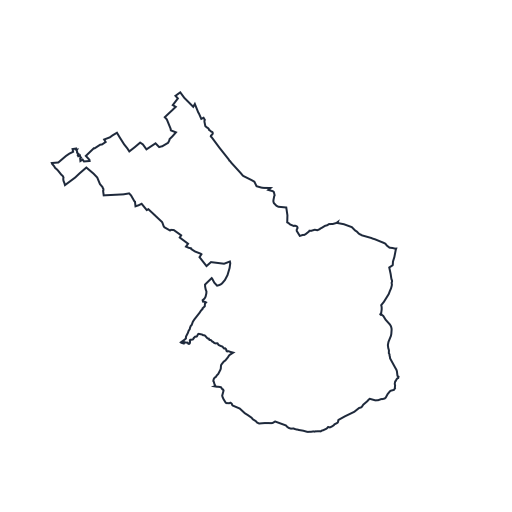 Beclean, Brasov, Romania (Mercator projection), rotated 147°
{"feature_id": "2599482B11377759277161", "entity_name": "Beclean", "entity_type": "district", "adm_level": 2, "iso_a3": "ROU", "parent_name": "Romania", "parent_adm1": "Brasov", "projection": "mercator", "projection_center": [24.929, 45.848], "detail": "fine", "context": "isolated", "style": "outline", "palette": "slate", "viewbox_px": 512, "rotation_deg": 147, "n_neighbors": 0, "source": "geoboundaries", "source_scale": "gbopen_adm2", "svg_char_len": 6092}
<svg xmlns="http://www.w3.org/2000/svg" viewBox="0 0 512 512"><g transform="rotate(147 256 256)"><path d="M376.6,445.2L376.8,444.3L376.4,441.2L376.5,439.3L375.8,437.0L375.5,435.3L375.0,430.2L374.5,428.5L374.6,427.3L374.7,426.7L375.7,425.6L376.5,423.9L377.0,421.4L377.6,419.5L364.9,420.3L358.9,421.4L350.1,422.6L347.4,413.6L346.4,408.3L347.7,401.3L347.2,397.5L347.5,396.2L347.4,395.7L348.0,394.4L348.7,394.0L350.7,389.8L333.6,379.9L328.3,377.6L327.8,374.8L328.2,368.1L327.9,367.5L330.0,363.3L326.9,362.5L323.5,362.1L322.6,354.0L320.8,353.9L316.3,335.7L316.4,334.7L317.2,331.4L317.2,330.0L314.2,324.2L313.0,324.2L310.8,322.5L307.5,314.1L309.9,313.0L306.3,303.3L309.6,302.0L307.8,299.3L306.3,297.9L306.2,297.6L306.5,297.0L304.7,293.0L301.1,288.0L300.8,287.2L304.0,285.8L303.0,274.5L297.1,275.4L287.0,266.9L280.9,265.6L281.5,264.0L284.7,260.3L290.3,255.5L295.1,252.8L299.4,251.5L301.1,251.4L302.9,251.7L304.8,252.3L305.5,256.4L305.1,261.0L305.2,261.6L314.3,259.8L315.4,257.9L316.4,255.4L316.9,253.2L318.0,251.7L320.4,249.4L321.4,248.8L322.6,248.3L324.8,248.0L325.3,246.6L324.0,245.6L323.2,244.3L324.7,243.9L326.4,241.7L329.4,241.2L329.8,240.6L331.8,240.2L334.3,239.1L342.2,236.4L344.7,235.3L347.5,233.2L348.8,232.9L350.5,231.7L351.3,230.8L353.2,230.0L355.0,228.6L358.5,226.6L359.0,226.1L359.7,225.0L361.7,224.7L366.1,224.5L365.9,223.9L364.2,221.9L363.8,222.1L363.6,222.9L363.2,223.0L362.0,221.6L360.5,220.6L360.6,219.4L360.4,219.0L359.9,218.7L359.2,218.8L358.5,219.4L357.7,220.5L357.4,221.4L357.2,221.5L356.6,221.5L356.1,221.1L354.4,220.4L353.2,220.8L352.7,221.3L352.2,221.2L351.2,221.5L350.9,221.5L349.8,220.8L349.3,220.8L347.1,222.0L346.6,222.0L346.2,221.7L344.0,219.5L343.7,218.9L343.6,218.5L342.5,217.6L342.1,216.9L341.7,214.1L341.4,213.1L340.6,212.4L340.8,211.3L340.7,210.9L339.8,210.3L339.6,209.8L339.3,208.2L339.2,207.8L338.7,207.3L338.4,205.8L337.5,204.7L336.0,203.9L335.8,203.6L335.9,202.4L335.8,201.7L334.7,199.9L333.5,198.3L333.2,195.9L332.8,195.5L332.2,195.4L332.1,195.0L331.9,194.4L331.9,193.7L332.4,192.8L332.3,191.9L332.1,191.6L331.5,191.5L330.9,191.1L329.7,189.5L327.8,187.4L331.9,187.4L332.9,187.2L334.8,186.3L338.6,185.1L340.6,185.0L344.2,183.8L345.0,183.2L346.9,180.7L347.8,180.0L352.0,177.6L354.0,177.2L355.3,176.5L356.5,176.5L357.8,176.2L358.7,175.6L359.9,174.4L359.9,173.5L360.6,171.2L360.8,169.2L361.9,169.4L360.2,167.8L358.5,166.6L356.9,165.1L356.8,164.5L356.9,163.5L356.7,162.2L356.3,161.9L356.5,160.8L360.4,157.3L360.8,156.1L361.2,153.7L361.3,149.7L361.0,148.8L358.6,147.1L357.4,146.9L357.0,146.1L356.8,145.1L357.1,144.2L357.0,143.3L352.7,136.9L351.0,130.2L349.5,127.0L347.8,122.8L347.6,120.8L346.1,117.6L345.8,115.7L344.6,113.8L339.4,111.0L333.9,107.3L332.9,106.9L330.1,106.8L323.2,97.6L322.9,95.8L322.2,94.0L321.6,93.3L321.2,92.7L320.6,92.1L318.3,90.8L318.0,90.1L316.1,88.0L315.5,87.7L315.1,87.0L311.6,83.8L308.7,80.5L305.2,78.4L303.5,77.7L302.4,76.7L301.9,76.7L299.9,75.5L297.8,74.2L297.3,73.7L295.7,73.7L294.7,73.3L291.0,72.8L289.5,73.0L288.9,73.3L288.6,73.3L287.4,72.0L285.4,71.7L282.9,71.7L281.9,72.1L279.4,71.8L278.3,71.8L277.5,72.2L276.4,73.5L276.0,73.6L268.7,73.1L258.4,71.8L252.3,72.4L250.5,71.8L249.3,71.9L247.0,72.9L241.7,73.6L240.0,74.1L238.4,74.3L234.5,69.9L232.0,68.5L228.9,67.8L227.8,67.1L225.7,66.4L224.3,66.6L220.8,68.5L217.3,69.6L216.3,69.6L213.3,68.6L211.4,69.4L211.3,69.9L209.7,71.9L209.5,72.7L209.2,73.3L207.8,74.8L207.4,75.1L206.8,75.1L205.4,76.0L204.0,76.4L203.2,76.2L202.2,77.2L202.6,78.0L202.6,78.5L200.6,82.6L200.2,84.2L200.1,86.3L199.3,97.1L198.6,98.5L198.3,99.6L197.6,100.8L197.5,102.2L196.0,104.3L195.6,105.4L195.2,106.8L193.9,109.5L191.7,111.8L186.4,115.5L185.0,116.9L182.5,120.2L181.9,121.2L181.4,122.5L181.1,123.6L181.0,125.5L182.0,132.0L181.9,136.5L182.4,137.7L182.5,138.4L183.0,138.4L183.4,138.7L183.5,139.4L182.0,140.1L179.8,142.6L178.8,144.1L178.1,145.5L177.9,146.3L177.7,146.6L173.7,147.9L165.4,151.8L162.7,153.8L160.4,155.3L158.4,157.1L157.6,158.0L156.9,159.6L155.8,160.5L155.2,161.6L155.1,162.5L154.5,164.0L152.9,167.5L150.5,173.8L147.6,173.8L146.5,173.8L146.1,174.1L144.2,176.7L140.5,179.8L135.2,185.3L134.4,185.9L135.5,186.6L137.2,188.4L139.5,190.3L140.6,193.6L140.7,195.3L141.1,196.5L147.1,205.2L148.8,207.2L149.4,208.2L155.8,215.5L156.3,216.2L156.5,217.0L157.0,217.5L157.6,218.8L158.1,221.5L159.0,223.5L159.9,228.0L165.0,234.8L169.7,239.3L168.8,240.0L170.5,239.9L174.1,241.0L177.4,243.0L179.5,243.0L181.7,243.7L185.6,243.8L187.2,244.0L187.9,243.8L190.5,244.2L192.4,246.0L196.1,247.1L197.4,248.1L198.3,247.7L202.4,247.3L204.1,247.4L205.1,248.1L208.3,249.0L208.2,253.2L208.2,254.7L208.0,255.2L207.4,256.0L206.1,256.7L205.8,257.0L205.5,258.2L206.2,259.5L206.9,260.3L207.9,260.5L209.9,263.4L210.3,264.1L210.7,265.7L211.5,267.2L207.5,273.0L204.2,280.2L210.4,285.1L211.5,287.0L212.2,290.6L211.8,292.1L211.0,293.3L208.3,296.1L207.3,296.8L206.2,299.9L206.6,301.2L209.7,304.7L206.8,305.1L212.7,309.1L214.2,310.4L217.5,314.2L217.5,314.4L216.9,319.2L218.4,322.1L223.1,330.1L223.3,330.8L223.7,334.1L225.9,347.4L226.1,349.9L226.4,350.4L226.3,351.9L227.7,366.7L228.5,379.6L228.8,380.9L228.2,381.5L226.3,381.8L225.3,382.6L225.1,383.7L226.0,385.1L226.1,386.0L226.7,387.4L226.4,388.5L226.7,389.7L227.0,390.1L227.7,392.2L227.7,392.7L226.1,396.7L225.5,397.6L224.8,398.0L224.7,400.5L227.2,400.8L226.2,406.9L226.3,407.6L224.5,416.8L227.4,415.3L230.0,427.7L230.4,434.5L236.3,434.2L235.7,430.7L243.6,427.9L242.1,424.8L256.9,422.1L256.4,419.1L258.3,409.2L258.9,408.0L258.9,407.6L255.8,403.3L261.2,401.8L264.8,401.1L265.8,400.1L268.1,398.8L275.0,399.1L275.3,399.3L277.9,400.1L278.9,405.2L289.8,405.1L290.1,411.2L291.4,414.2L298.4,413.3L305.3,412.7L305.3,416.4L305.8,421.5L305.7,430.1L305.5,435.1L310.7,435.3L313.9,435.1L319.9,436.4L320.0,433.5L324.4,433.4L326.0,434.2L332.8,434.2L333.3,434.7L344.2,432.6L343.3,427.4L343.8,426.3L348.8,429.0L348.9,431.3L351.5,431.3L350.3,433.6L349.2,433.7L349.3,434.9L348.9,436.4L350.7,436.5L350.6,437.7L349.3,438.3L349.8,440.1L349.2,440.9L348.8,442.5L348.0,442.8L349.1,443.5L348.5,444.2L351.6,445.6L352.6,443.0L356.8,443.5L360.8,443.4L370.9,442.1L376.6,445.2Z" fill="none" stroke="#1e293b" stroke-width="2"/></g></svg>